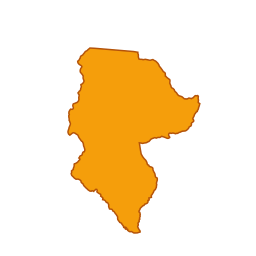 Conquista D'Oeste, Mato Grosso, Brazil (Albers equal-area conic projection), rotated 138°
{"feature_id": "56859067B92775034957558", "entity_name": "Conquista D'Oeste", "entity_type": "district", "adm_level": 2, "iso_a3": "BRA", "parent_name": "Brazil", "parent_adm1": "Mato Grosso", "projection": "albers", "projection_center": [-59.304, -14.62], "detail": "fine", "context": "isolated", "style": "filled", "palette": "amber", "viewbox_px": 256, "rotation_deg": 138, "n_neighbors": 0, "source": "geoboundaries", "source_scale": "gbopen_adm2", "svg_char_len": 5827}
<svg xmlns="http://www.w3.org/2000/svg" viewBox="0 0 256 256"><g transform="rotate(138 128 128)"><path d="M135.6,99.9L133.1,103.9L129.5,109.4L128.1,107.7L127.5,106.8L125.9,105.9L125.3,105.5L124.6,105.0L123.7,104.6L122.6,104.5L121.7,104.0L120.9,104.0L118.6,104.3L117.5,104.1L116.5,103.7L115.5,103.3L114.5,102.9L113.8,101.6L111.9,100.9L111.4,100.3L110.7,99.7L109.5,99.4L108.4,99.2L108.1,98.5L107.5,97.6L106.6,95.9L106.2,95.0L105.8,94.2L105.3,93.6L104.6,93.2L103.4,93.0L102.9,93.9L102.9,95.0L102.5,95.7L101.3,96.5L100.2,96.2L99.6,95.2L98.0,94.2L97.4,93.4L96.4,91.8L95.6,91.6L95.0,91.0L94.3,90.7L93.3,90.6L91.8,89.9L90.4,89.5L89.2,88.9L88.7,88.4L88.1,88.0L87.4,87.5L86.4,87.2L85.1,87.1L83.4,87.2L82.7,87.5L81.9,87.8L80.9,87.7L79.9,87.4L78.7,87.9L78.0,89.0L77.0,89.2L75.9,89.0L75.1,89.1L74.4,89.2L73.8,90.4L73.8,91.4L72.4,92.2L71.5,92.4L70.4,93.0L69.6,93.5L68.9,93.7L68.0,93.8L67.1,94.2L66.1,94.0L65.3,94.0L64.8,94.6L63.9,94.7L63.2,95.0L62.4,95.5L61.8,96.0L60.9,96.4L59.3,97.4L58.3,98.1L58.6,98.9L58.7,100.0L57.8,100.9L56.9,101.6L56.5,102.5L55.7,103.4L54.5,104.5L54.5,105.5L55.3,105.8L55.9,106.7L56.7,107.1L57.5,107.0L58.7,107.0L59.6,106.9L60.3,107.3L61.1,107.3L62.0,108.6L62.7,109.5L63.8,109.8L64.9,110.1L65.4,111.0L66.1,111.3L66.6,112.1L66.8,113.8L66.9,114.8L67.5,116.2L68.4,117.6L68.7,118.5L68.7,120.1L68.5,120.9L68.4,121.9L68.6,123.4L68.5,124.5L68.0,125.6L68.1,127.3L68.5,128.2L68.6,128.9L68.4,129.8L67.8,130.8L67.5,131.9L67.2,132.6L67.0,133.4L66.4,133.9L65.3,134.9L64.8,135.6L64.6,136.2L64.9,137.3L65.1,138.4L65.3,139.7L65.3,140.6L65.5,141.7L64.9,142.1L64.5,142.8L63.7,143.7L63.6,144.7L63.8,145.5L64.1,146.4L63.8,147.4L63.7,148.4L63.4,151.3L63.4,152.8L63.1,153.7L62.8,154.3L62.7,155.2L62.5,155.9L62.6,158.1L62.7,159.2L63.5,161.2L63.7,162.2L64.6,162.7L65.4,163.1L66.3,163.5L66.9,164.3L67.5,165.2L69.1,167.4L71.1,168.7L71.7,169.7L73.1,171.0L73.7,172.0L73.2,173.0L72.7,174.0L71.9,174.8L71.1,175.8L70.8,176.9L70.0,177.7L72.7,181.1L99.2,209.3L102.8,212.9L103.8,212.9L105.1,213.0L106.4,212.9L107.2,213.0L108.0,213.3L108.7,213.4L109.7,213.1L111.8,212.8L112.6,212.6L113.6,212.7L114.4,213.0L115.1,212.9L116.0,212.6L116.8,211.9L117.8,211.7L118.8,211.3L119.7,211.2L120.7,211.3L121.4,210.3L121.7,209.3L121.7,208.2L121.5,207.2L121.2,206.3L121.0,205.4L121.1,204.6L121.9,204.1L123.0,203.9L124.0,203.5L125.0,202.8L125.6,202.1L126.0,201.5L126.1,200.5L126.1,199.6L126.3,197.6L126.5,196.6L127.1,196.1L128.0,195.1L128.5,194.1L128.8,193.3L129.1,192.5L129.8,191.9L130.8,191.7L131.7,191.4L132.9,191.5L133.9,191.8L134.5,191.0L134.8,190.2L135.6,189.5L136.7,189.0L137.6,188.2L138.6,187.8L139.5,188.0L140.4,187.7L141.6,187.6L142.0,186.8L142.1,185.3L143.1,184.4L144.0,183.8L144.6,183.2L145.1,182.3L145.8,181.8L146.9,181.2L148.6,181.0L149.4,181.4L150.7,181.7L151.4,182.1L152.6,182.5L153.5,182.0L154.2,181.4L154.9,179.8L155.6,179.2L156.4,179.0L157.1,179.3L158.0,180.4L159.3,180.2L161.1,179.5L162.2,178.4L162.6,177.3L163.4,177.1L164.0,176.5L164.7,175.7L165.1,174.9L165.9,173.8L166.7,173.0L166.8,172.1L167.2,171.5L167.5,170.5L168.0,169.6L169.1,168.9L170.0,168.5L171.6,167.7L172.3,167.1L173.3,166.6L174.6,165.8L175.3,165.2L175.7,164.5L176.2,163.3L176.0,161.6L172.6,161.4L171.6,160.9L170.9,159.7L170.5,158.0L170.0,156.5L170.3,155.3L170.7,154.3L171.0,152.8L171.1,151.5L171.3,150.1L171.3,149.2L171.0,148.5L171.3,147.4L171.7,146.2L172.4,145.3L173.0,144.3L173.4,143.1L173.9,142.1L174.4,141.0L175.3,140.1L176.4,139.6L177.1,140.1L177.9,140.1L178.9,139.6L179.9,138.9L180.5,138.7L181.3,138.9L182.0,139.2L182.8,139.2L183.5,138.8L184.6,138.6L184.4,137.5L185.0,136.7L185.9,136.7L186.9,136.6L187.7,136.4L188.8,136.4L189.9,136.6L191.0,136.8L191.8,137.3L192.6,136.8L193.2,136.0L194.0,135.4L194.8,135.0L195.8,134.5L196.4,133.8L197.6,133.9L198.7,133.9L199.2,133.2L199.9,132.5L200.8,132.1L201.5,130.5L201.5,129.2L201.4,128.2L201.4,126.9L201.2,125.9L200.9,124.7L200.1,124.1L199.4,123.5L199.0,122.9L198.6,122.0L198.3,120.7L198.6,119.8L199.1,119.0L199.1,117.9L198.8,116.8L199.1,115.8L199.4,114.7L199.4,113.5L199.3,112.3L199.3,111.2L199.1,110.1L199.1,108.9L198.5,106.6L197.6,105.6L196.7,105.5L196.3,104.8L195.9,103.8L195.0,104.1L194.1,103.9L193.0,104.0L192.3,103.3L192.7,102.1L193.6,101.6L193.9,100.7L193.5,99.7L193.3,98.4L192.7,97.1L193.1,96.2L193.9,95.7L193.5,93.5L193.6,92.5L194.2,92.2L194.8,91.7L194.1,90.8L193.6,89.7L193.6,88.7L193.8,88.0L193.8,87.0L193.2,86.5L193.2,85.5L193.5,84.6L193.7,83.8L194.7,82.9L195.2,82.0L195.6,81.0L195.9,80.2L194.4,78.4L194.4,77.5L194.8,76.5L194.3,75.4L194.4,74.3L194.7,72.7L194.6,71.7L194.9,70.5L195.0,69.3L195.5,68.5L196.1,67.9L196.8,66.9L197.1,65.5L197.1,64.4L197.3,63.4L196.9,62.5L196.6,61.4L196.9,60.5L197.0,58.3L197.4,57.7L197.7,57.0L196.6,56.4L196.1,55.5L197.3,55.6L197.5,54.8L197.2,53.9L196.4,53.9L196.0,52.9L196.7,52.1L196.3,50.1L195.7,49.4L194.8,48.8L194.2,47.4L194.1,46.5L193.6,45.8L191.4,43.9L188.6,42.6L188.1,43.2L187.8,44.0L187.8,45.1L187.1,47.6L186.6,48.5L185.5,48.9L184.8,49.6L184.5,50.4L183.5,50.9L182.4,50.9L181.7,51.8L180.9,52.3L180.1,52.4L179.8,53.3L178.9,53.8L177.8,54.4L177.5,55.3L176.7,55.6L175.7,57.4L176.0,58.1L175.5,58.8L174.7,59.2L173.7,59.4L173.1,59.9L172.4,60.1L171.6,60.2L170.5,60.2L169.1,60.3L168.1,59.8L167.2,60.0L166.5,60.2L165.8,59.8L165.1,59.6L164.1,59.3L163.2,59.4L162.3,60.0L161.7,60.8L160.9,60.3L160.1,60.7L159.3,62.0L158.5,61.5L157.7,61.2L157.0,60.8L156.3,61.7L155.7,62.4L154.9,62.4L154.2,62.6L153.3,62.9L152.1,63.2L151.5,63.6L149.8,64.2L148.9,63.9L147.9,64.5L146.9,64.8L146.3,65.2L145.7,65.9L144.6,66.6L144.1,67.6L143.5,68.2L142.4,68.9L141.4,69.5L140.6,70.2L140.1,70.8L139.8,71.6L140.2,72.3L140.3,73.2L139.8,74.2L139.2,75.1L138.6,76.2L138.3,77.2L138.2,78.0L137.6,79.8L137.1,80.7L136.4,81.5L136.4,82.3L136.6,83.1L137.2,84.0L137.8,85.2L137.5,86.6L138.0,87.7L137.7,88.5L137.2,89.4L136.8,90.4L136.4,92.1L136.5,94.4L136.4,95.7L136.3,96.9L135.6,99.9Z" fill="#f59e0b" stroke="#b45309" stroke-width="1.5"/></g></svg>